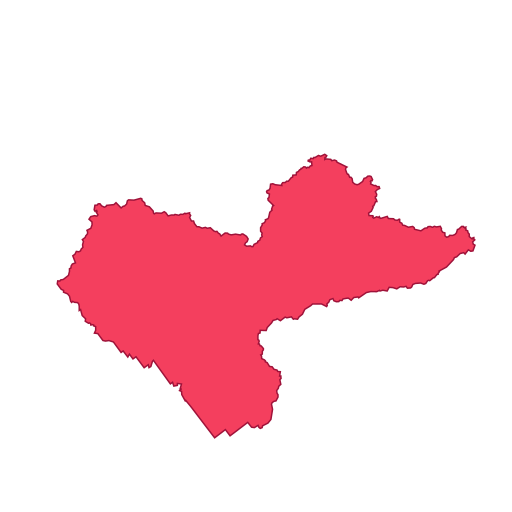 Southern Downs, Queensland, Australia (Mercator projection), rotated 225°
{"feature_id": "25037944B10938266492584", "entity_name": "Southern Downs", "entity_type": "district", "adm_level": 2, "iso_a3": "AUS", "parent_name": "Australia", "parent_adm1": "Queensland", "projection": "mercator", "projection_center": [152.017, -28.502], "detail": "fine", "context": "isolated", "style": "filled", "palette": "rose", "viewbox_px": 512, "rotation_deg": 225, "n_neighbors": 0, "source": "geoboundaries", "source_scale": "gbopen_adm2", "svg_char_len": 6128}
<svg xmlns="http://www.w3.org/2000/svg" viewBox="0 0 512 512"><g transform="rotate(225 256 256)"><path d="M404.5,181.3L404.3,179.7L405.8,178.0L403.1,174.2L401.5,173.8L400.9,175.5L399.7,174.9L399.8,174.0L396.8,173.3L396.7,171.6L398.7,170.4L400.7,167.0L400.1,163.9L396.1,164.1L394.0,162.2L392.4,158.8L393.7,154.6L392.0,153.9L390.8,152.4L390.6,149.8L389.9,148.3L390.4,144.8L388.3,144.3L386.6,141.3L384.5,139.7L384.5,137.3L383.7,135.5L384.3,133.7L386.3,132.2L385.3,129.3L385.7,126.6L378.8,123.5L380.2,120.5L379.7,118.3L378.4,116.6L378.9,115.1L377.0,113.2L374.9,109.7L375.7,103.1L377.2,101.0L377.0,99.6L378.6,98.2L376.8,95.7L370.2,94.7L367.7,95.6L366.5,94.3L362.5,96.0L359.5,95.7L354.9,92.9L353.5,92.8L353.5,94.3L351.6,94.9L349.2,96.9L347.3,96.7L345.4,95.4L342.5,92.5L342.2,94.1L336.8,91.0L332.1,91.1L330.6,89.1L326.9,90.0L326.5,90.9L325.1,91.2L324.0,90.4L322.9,92.0L321.9,92.4L321.4,91.8L319.5,92.7L316.9,90.2L315.7,87.2L313.0,89.3L304.5,88.0L302.3,89.4L300.2,92.2L296.0,94.4L283.2,92.4L282.8,94.9L275.2,93.9L276.1,97.1L270.2,96.2L269.6,99.9L256.1,97.9L255.3,102.9L252.7,101.4L252.2,103.5L254.7,108.2L254.8,109.7L226.1,105.0L225.7,107.7L222.1,105.9L220.1,108.9L221.5,110.3L218.2,112.8L216.2,109.3L215.2,109.0L215.5,108.3L214.8,108.4L214.8,106.8L212.9,107.6L210.5,105.5L203.6,103.5L203.6,104.2L196.1,103.5L156.7,98.2L154.9,111.6L147.2,110.5L144.2,132.5L138.1,131.8L135.8,133.5L134.8,137.7L132.9,136.9L131.1,137.1L130.3,139.0L131.3,140.6L129.4,146.3L129.9,151.0L135.9,159.3L140.3,162.2L140.9,163.7L140.5,166.1L139.4,167.6L140.7,171.8L142.4,173.5L144.0,173.8L146.2,175.4L146.7,178.3L147.8,179.9L147.7,182.8L151.7,185.4L151.7,187.1L153.6,188.7L154.4,187.8L157.0,191.4L159.0,189.7L160.5,190.2L163.1,188.6L166.2,189.1L168.4,187.5L172.7,188.5L174.7,187.8L175.2,188.5L176.6,188.5L179.4,187.5L181.4,189.2L182.7,189.4L182.2,191.1L184.2,193.2L184.4,194.8L185.3,195.8L188.7,196.1L189.7,195.4L191.3,196.2L192.2,195.5L193.5,198.0L194.5,198.5L195.5,198.2L198.3,201.0L199.5,202.9L198.7,204.4L200.5,206.4L196.1,210.5L197.5,213.4L197.7,219.7L198.4,222.5L196.7,225.5L196.7,226.6L193.0,227.5L192.2,233.4L190.5,234.1L187.9,238.0L184.9,237.7L184.4,238.8L181.9,240.7L182.5,243.3L182.0,247.7L183.8,252.8L182.2,259.5L182.1,262.0L175.8,268.4L170.3,270.2L170.7,271.5L172.0,272.2L171.9,274.8L172.9,277.3L171.5,280.3L169.3,279.4L166.8,280.5L165.2,282.3L165.4,283.8L163.7,285.3L164.1,287.2L161.6,290.8L160.7,291.6L157.4,292.0L157.5,295.8L154.9,299.2L153.8,299.0L152.1,308.2L149.7,312.0L145.4,316.2L144.4,319.0L143.6,318.9L142.1,321.5L138.5,324.0L139.7,328.0L136.8,330.5L133.2,332.3L132.4,336.1L129.7,338.5L128.4,340.7L126.2,340.3L124.1,342.7L124.0,344.2L125.0,346.8L123.9,349.3L120.5,353.3L117.3,354.8L116.5,356.6L117.2,359.8L116.8,360.8L115.7,361.4L115.2,366.0L114.5,366.9L115.0,370.7L114.3,371.9L114.9,372.4L115.3,374.7L115.9,374.8L113.5,382.9L113.8,393.1L114.6,395.2L113.5,397.3L113.4,402.1L111.5,405.2L109.5,405.2L110.2,410.5L107.5,411.2L106.2,413.0L108.8,418.5L110.7,418.0L112.8,419.2L112.7,422.1L113.9,422.0L115.0,423.1L115.5,422.4L115.3,420.9L118.9,420.5L120.7,422.3L122.5,422.4L124.2,423.5L125.9,422.7L126.7,423.7L127.6,423.4L128.0,424.8L129.4,423.2L130.3,423.5L131.5,422.3L131.7,418.0L132.3,417.2L130.6,414.0L130.5,412.0L131.4,409.7L133.7,407.5L133.5,406.0L134.4,404.1L136.7,403.9L138.8,405.9L140.8,404.8L143.3,405.3L144.2,406.5L146.7,407.3L148.9,404.2L150.9,403.1L151.5,401.1L153.7,400.1L155.1,398.4L154.8,397.0L156.3,395.0L157.2,390.4L162.8,387.0L164.2,387.9L166.1,387.7L168.6,384.1L172.5,382.7L174.1,381.5L176.0,382.3L178.4,381.6L180.3,383.5L180.8,383.3L181.3,381.2L183.2,379.7L185.1,379.6L188.9,376.1L191.2,376.8L194.2,371.1L194.8,370.5L196.7,371.0L196.7,369.8L198.4,369.1L199.5,366.0L200.7,365.8L201.3,367.1L202.1,366.9L204.7,364.5L206.7,365.9L206.1,369.2L207.5,373.1L208.6,373.7L208.2,374.8L209.9,379.0L209.0,380.0L211.1,381.2L212.2,381.1L213.5,382.3L213.1,383.4L214.3,385.0L217.1,385.9L217.2,388.8L216.3,391.2L218.0,392.1L219.5,390.6L221.2,390.5L222.3,389.3L225.9,388.0L226.8,389.4L227.9,389.6L228.0,390.6L227.1,391.2L227.5,392.4L230.8,393.6L232.1,393.0L233.4,391.5L233.5,389.0L234.5,387.3L233.3,384.1L234.1,379.4L234.9,377.9L237.1,376.7L239.7,376.5L242.8,378.7L244.6,378.8L245.4,377.9L248.4,379.1L249.1,378.5L250.4,378.8L253.9,380.5L254.8,381.9L254.6,383.2L265.0,379.6L266.3,380.2L268.3,379.4L269.8,377.0L271.5,377.2L275.2,374.1L275.6,372.9L276.9,374.4L276.4,375.5L276.9,377.0L279.3,376.5L280.8,372.3L282.9,371.3L283.9,367.4L284.8,366.6L284.4,365.4L286.4,363.8L285.8,362.0L286.8,360.8L286.4,360.0L284.3,360.7L283.3,361.9L280.4,359.5L281.3,358.1L281.0,355.9L282.1,355.5L282.5,353.8L283.8,354.0L285.3,352.9L285.5,350.5L286.1,349.8L285.6,349.0L286.1,347.7L285.8,345.6L286.5,343.7L284.9,341.8L287.1,339.2L285.9,337.7L286.5,336.3L286.0,331.7L287.3,330.5L287.2,328.8L289.0,326.7L288.6,324.7L287.6,324.1L292.8,320.0L295.2,319.0L296.5,317.1L293.9,313.8L293.5,311.8L294.4,310.1L294.0,308.9L292.8,308.4L290.3,309.3L288.2,306.5L288.3,305.1L286.8,304.0L279.3,304.1L279.6,303.2L278.1,300.1L277.1,299.8L277.2,296.7L274.2,292.0L273.9,290.9L275.0,288.2L274.1,287.6L273.6,285.5L274.5,283.1L273.5,282.3L272.8,279.3L270.3,276.8L267.8,276.5L267.0,275.0L265.3,274.1L265.6,271.9L264.5,269.9L265.1,267.6L264.3,266.7L265.6,262.9L264.8,260.5L265.6,259.6L267.1,259.2L269.5,256.3L272.0,255.8L272.7,257.8L272.4,259.9L273.6,262.5L276.6,263.2L280.9,262.3L281.8,261.1L281.7,260.0L285.9,257.0L288.5,253.4L291.0,252.0L292.2,252.1L294.1,250.4L294.8,245.4L297.5,246.0L298.5,245.5L301.1,245.8L301.7,244.7L303.5,243.9L308.3,243.7L310.1,241.1L312.0,240.5L313.8,237.6L317.1,236.3L318.5,234.9L322.4,235.4L324.9,236.6L326.4,235.1L330.2,236.3L330.9,238.5L332.7,238.7L333.5,239.6L335.7,236.1L336.5,236.0L337.1,233.8L339.0,232.0L339.3,230.3L342.7,228.1L342.8,227.1L344.8,225.2L346.5,222.2L350.4,222.8L352.2,222.4L353.1,219.4L357.2,215.7L357.7,213.9L358.6,213.8L360.6,215.1L366.2,215.4L370.1,213.4L372.3,214.9L375.8,214.7L377.1,215.7L378.3,215.3L381.8,209.2L385.8,205.6L386.0,204.1L384.2,201.2L384.3,198.3L385.1,197.3L385.4,194.6L392.7,194.7L392.8,191.9L397.5,186.1L397.1,185.2L397.7,183.3L400.6,182.3L403.3,182.6L404.5,181.3Z" fill="#f43f5e" stroke="#9f1239" stroke-width="1.5"/></g></svg>